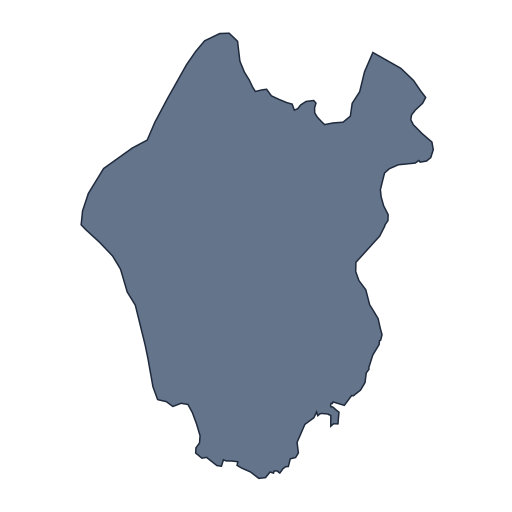 outline of Owensgrove, Grand Bassa, Liberia, rotated 181°
{"feature_id": "62588387B80284911734552", "entity_name": "Owensgrove", "entity_type": "district", "adm_level": 2, "iso_a3": "LBR", "parent_name": "Liberia", "parent_adm1": "Grand Bassa", "projection": "natural_earth1", "projection_center": [-10.306, 6.196], "detail": "fine", "context": "isolated", "style": "filled", "palette": "slate", "viewbox_px": 512, "rotation_deg": 181, "n_neighbors": 0, "source": "geoboundaries", "source_scale": "gbopen_adm2", "svg_char_len": 2586}
<svg xmlns="http://www.w3.org/2000/svg" viewBox="0 0 512 512"><g transform="rotate(181 256 256)"><path d="M234.7,39.2L234.2,41.2L231.4,41.6L229.4,40.1L228.4,39.4L226.1,42.6L225.6,43.5L222.8,45.8L220.0,46.1L219.7,47.3L218.2,53.8L212.9,55.2L210.2,59.8L211.7,70.4L209.2,76.4L204.2,88.5L195.3,95.3L192.7,101.1L191.8,98.4L191.4,97.4L190.7,98.1L189.4,99.2L187.9,99.7L186.5,99.6L184.1,99.5L181.1,99.2L180.3,98.5L179.6,98.5L178.4,97.7L178.3,87.1L175.5,89.6L171.1,89.6L170.8,94.6L170.3,101.3L172.8,103.1L175.6,105.6L177.0,106.5L178.4,106.6L178.4,107.0L178.8,107.5L178.8,108.2L178.3,110.0L177.1,109.8L176.4,111.5L173.5,110.6L169.3,109.4L165.1,108.2L157.9,118.2L156.3,117.9L151.4,121.9L149.2,123.7L144.8,131.3L143.7,141.0L141.0,144.9L141.2,145.7L141.3,146.2L138.2,156.7L137.4,159.2L131.4,169.5L131.0,173.5L129.9,174.0L129.2,176.9L128.6,179.5L130.4,185.6L132.8,195.5L136.6,201.6L139.2,205.7L141.5,209.2L145.6,224.1L152.6,233.1L154.7,238.6L156.1,242.4L156.0,245.7L156.0,251.0L156.0,251.4L137.4,272.7L132.7,278.0L127.7,288.3L127.8,289.0L124.7,293.7L124.6,298.7L124.6,299.7L129.2,308.3L131.9,317.3L132.1,318.9L132.8,324.5L132.3,326.5L131.3,331.1L128.9,341.3L124.2,345.6L117.9,348.5L115.3,349.7L98.4,351.7L94.9,354.3L93.5,352.7L87.2,353.9L84.7,356.0L83.0,357.4L80.6,365.4L82.1,373.0L92.0,381.2L97.7,386.8L101.0,390.0L103.6,394.9L102.9,399.9L100.3,403.2L99.3,404.6L98.4,405.5L92.1,411.6L89.1,417.5L94.3,424.0L101.5,434.2L114.5,446.2L139.9,460.0L142.7,461.5L150.7,442.1L155.2,422.1L162.5,410.3L164.1,397.5L171.3,391.3L181.1,390.4L189.7,388.6L192.1,390.8L195.3,394.0L197.0,395.8L199.8,400.1L200.0,405.3L198.7,409.9L201.0,412.5L208.6,411.4L213.9,407.9L216.9,404.0L220.2,402.5L222.5,408.5L227.6,409.8L235.3,412.8L243.4,416.4L248.3,422.9L252.4,422.3L259.5,420.5L262.3,424.8L265.9,432.0L270.8,439.6L275.5,450.5L278.2,470.4L286.8,478.3L296.2,477.8L311.1,470.3L319.8,459.6L328.8,446.1L339.9,425.5L347.0,412.4L350.4,405.7L356.3,394.1L359.3,388.3L366.8,370.0L376.0,364.9L381.7,361.8L382.5,361.1L390.1,355.5L409.9,340.8L424.8,315.5L425.7,312.4L430.2,298.1L431.1,287.4L431.4,284.2L426.7,279.4L412.6,266.9L411.4,265.7L399.4,253.5L393.9,244.8L391.2,240.4L384.1,217.7L375.8,204.7L365.3,165.1L362.1,150.9L360.7,143.5L358.7,133.5L356.8,123.6L351.9,110.8L350.5,110.4L343.1,108.8L336.5,104.1L328.4,107.4L321.5,106.4L316.9,98.3L312.6,87.3L308.8,75.3L309.2,68.1L312.7,63.1L312.9,57.9L306.5,52.9L302.0,53.8L291.5,45.8L286.9,45.2L285.0,51.7L282.4,50.6L276.9,50.6L271.5,50.1L270.6,50.0L271.3,46.3L266.2,43.5L257.8,40.0L249.3,33.7L242.6,34.6L238.1,40.3L234.7,39.2Z" fill="#64748b" stroke="#1e293b" stroke-width="1.5"/></g></svg>